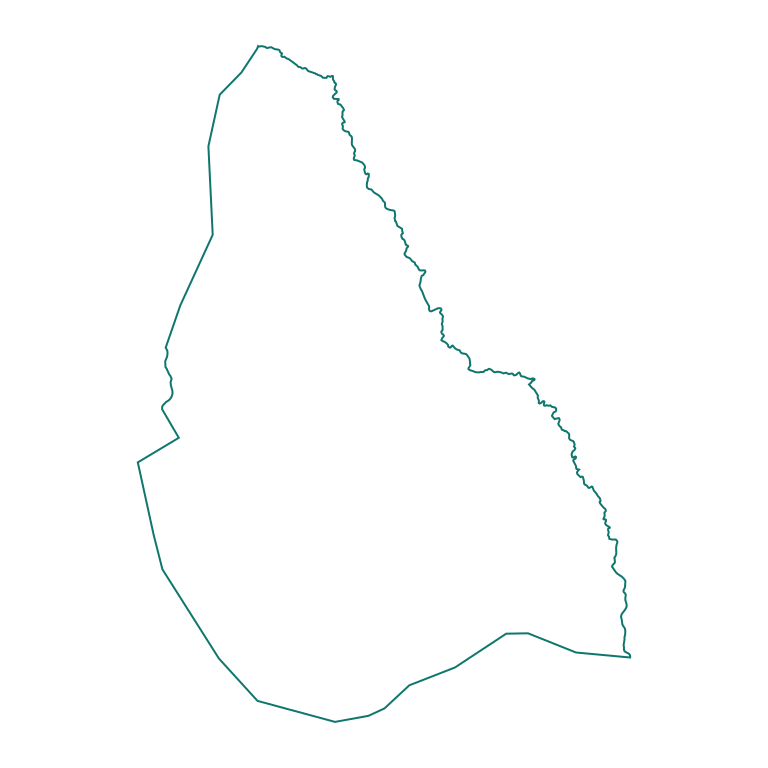 outline of Bayannuur, Bayan-Ölgiy, Mongolia
{"feature_id": "93677404B56140386590305", "entity_name": "Bayannuur", "entity_type": "district", "adm_level": 2, "iso_a3": "MNG", "parent_name": "Mongolia", "parent_adm1": "Bayan-Ölgiy", "projection": "mercator", "projection_center": [91.081, 48.956], "detail": "fine", "context": "isolated", "style": "outline", "palette": "teal", "viewbox_px": 768, "rotation_deg": 0, "n_neighbors": 0, "source": "geoboundaries", "source_scale": "gbopen_adm2", "svg_char_len": 6060}
<svg xmlns="http://www.w3.org/2000/svg" viewBox="0 0 768 768"><path d="M257.5,700.9L335.0,721.9L368.5,715.8L384.5,708.4L409.3,685.3L455.1,667.4L506.2,633.7L528.0,633.3L576.0,652.5L630.1,657.5L630.2,656.4L629.9,655.1L629.0,653.8L624.6,651.4L623.9,649.4L624.0,647.8L623.6,645.0L624.5,639.7L624.5,636.9L625.1,635.1L625.3,631.2L625.1,629.3L624.7,628.1L623.0,625.7L622.3,624.1L621.8,619.8L621.1,617.3L621.1,616.2L621.7,614.1L625.2,609.5L626.5,607.1L626.7,605.4L626.4,603.5L625.4,600.3L625.3,598.4L625.8,594.7L624.7,592.9L623.8,592.2L623.5,591.1L623.6,590.0L624.4,588.8L625.0,587.1L625.4,581.1L624.3,579.2L622.0,576.8L617.3,573.7L615.7,572.0L612.0,566.6L612.7,564.9L614.5,563.2L614.9,562.1L614.7,559.3L614.4,558.6L614.5,557.5L615.1,556.9L616.1,554.5L616.3,553.5L616.1,547.9L616.5,544.9L617.2,543.0L617.4,541.8L617.0,540.8L615.7,539.5L611.7,539.5L609.3,538.8L609.0,536.7L608.0,535.3L608.7,532.3L608.4,530.9L608.1,530.4L608.1,528.9L608.3,528.5L609.8,527.7L609.7,527.3L606.1,525.0L605.5,524.3L605.2,522.9L606.0,521.1L606.0,520.0L605.5,519.4L604.1,519.5L603.4,518.9L604.6,516.3L604.6,514.2L604.4,512.8L605.8,510.9L605.7,509.9L605.4,509.1L603.4,507.4L600.1,503.4L599.6,502.1L600.5,501.2L600.2,499.1L599.8,498.2L597.6,495.7L596.6,493.8L593.8,490.5L592.4,486.8L591.8,486.5L589.4,487.9L588.8,487.9L588.2,487.5L586.9,485.6L585.0,484.7L584.1,483.7L583.8,480.3L582.8,476.9L582.2,476.6L580.5,477.1L577.4,474.1L577.1,473.3L577.0,472.3L577.9,470.8L579.0,469.6L576.6,469.0L576.2,468.5L576.1,466.5L575.8,465.7L573.2,460.6L573.6,459.6L575.5,458.6L576.0,457.5L576.0,457.0L575.3,456.5L573.2,457.4L572.2,457.2L571.6,454.6L572.1,452.5L573.0,451.1L574.4,450.1L575.3,448.5L575.2,447.9L574.0,446.6L574.6,444.6L574.5,444.0L573.8,442.0L573.1,441.1L570.4,440.0L569.3,438.7L569.1,438.0L569.2,434.4L568.7,433.5L566.2,431.2L564.6,431.1L563.8,430.3L562.3,429.9L561.7,429.4L561.1,427.3L559.8,426.4L558.6,424.7L558.3,423.6L559.3,421.1L559.7,419.6L559.0,418.2L558.5,418.1L554.6,419.1L552.1,416.2L552.0,415.7L553.2,413.2L553.9,412.2L555.5,411.6L556.1,410.6L556.2,409.6L556.1,408.6L555.1,407.5L551.9,406.8L550.3,405.4L548.2,405.7L546.8,405.2L545.0,405.8L544.2,405.6L543.9,405.1L543.8,404.2L544.4,401.8L543.9,401.2L542.9,401.2L540.7,403.2L539.4,403.5L538.8,403.1L538.9,400.6L537.7,397.8L537.9,395.5L534.5,389.9L531.8,387.7L529.0,384.5L531.5,382.3L531.5,381.9L532.4,380.5L533.6,380.5L534.2,380.1L534.6,379.2L534.2,378.8L532.7,378.4L530.4,379.0L527.7,378.4L524.2,376.7L521.3,376.3L520.8,375.6L519.9,373.3L519.1,372.5L517.9,373.2L516.2,374.9L514.3,375.4L513.7,375.1L512.7,373.8L511.8,373.5L508.8,374.1L505.9,372.7L503.6,373.4L501.2,372.4L497.9,371.7L495.3,372.2L493.8,372.0L491.3,369.7L489.3,368.9L488.7,368.9L487.1,370.1L485.4,370.2L483.5,371.9L480.8,372.0L479.7,372.3L477.2,372.4L474.6,371.9L473.8,371.4L469.9,370.1L468.5,369.2L468.5,368.2L470.3,365.3L470.3,364.5L469.9,363.7L470.1,362.7L469.7,359.7L469.4,358.4L466.6,354.5L465.5,353.9L462.4,353.4L461.5,353.0L460.8,352.5L459.7,350.4L456.9,349.5L455.2,348.5L452.7,345.6L451.8,345.9L450.5,347.5L449.5,347.5L448.7,347.0L448.2,346.4L448.1,345.2L447.7,344.5L446.6,343.3L444.9,342.0L442.3,340.9L441.4,340.2L442.0,338.4L443.7,336.3L443.9,335.6L443.3,334.7L441.9,333.5L441.5,332.7L441.3,331.7L442.6,329.9L442.6,326.4L441.9,324.6L441.9,323.7L442.7,321.3L442.4,319.0L443.0,316.5L442.3,315.0L440.1,312.9L440.0,312.2L441.4,310.1L441.4,309.2L440.9,308.5L439.9,308.2L437.9,308.3L431.4,311.3L430.2,311.2L429.5,310.7L428.9,308.8L429.2,307.2L429.1,306.3L425.0,298.9L422.2,291.6L420.7,288.9L419.4,285.6L420.6,281.4L420.8,279.1L421.5,276.4L421.8,275.8L423.0,275.3L425.0,272.6L425.4,271.8L425.1,270.6L423.8,270.3L421.7,270.5L419.7,270.3L419.1,269.8L417.6,266.7L415.3,264.6L414.7,262.5L412.1,261.1L410.4,258.8L409.8,258.2L406.6,256.9L404.7,254.7L404.5,253.7L406.3,250.2L406.5,248.4L408.0,246.7L408.1,246.0L405.8,244.7L405.0,241.6L404.5,240.4L403.5,239.2L402.6,239.0L401.4,236.6L401.3,235.0L401.6,234.3L402.8,233.4L402.8,232.8L402.3,231.3L402.0,228.8L397.4,225.9L395.9,221.5L395.2,221.2L394.6,218.0L395.2,215.6L394.7,211.6L394.4,211.0L393.9,210.6L389.8,209.9L387.3,209.0L385.8,208.1L385.3,207.2L385.0,205.7L385.0,203.0L384.6,202.3L382.9,200.7L382.1,198.8L379.1,195.6L374.0,192.5L371.4,189.5L368.8,189.0L367.2,187.7L366.9,187.0L366.8,184.7L367.1,182.4L367.8,180.1L367.8,178.5L368.7,177.0L368.8,174.0L367.8,173.5L366.6,174.2L366.0,174.2L365.2,173.3L364.9,172.5L364.2,169.3L365.0,167.8L364.9,166.3L364.2,164.8L362.1,162.5L357.1,160.4L354.3,160.0L353.7,158.6L354.7,155.8L354.7,155.1L354.0,153.5L354.4,152.3L355.0,151.3L355.1,149.8L354.8,148.9L352.1,145.2L351.8,144.1L352.0,138.0L351.5,136.4L349.7,134.9L348.9,132.5L348.4,131.9L344.9,131.1L343.1,129.7L342.6,128.6L342.9,126.4L342.8,125.7L342.2,124.7L342.1,123.8L342.8,122.8L344.7,122.2L344.7,121.6L342.1,117.2L342.0,116.7L342.6,115.2L342.4,113.1L342.6,112.5L342.7,111.3L343.9,110.3L343.9,109.7L343.1,108.1L340.5,104.6L338.2,104.0L337.6,102.8L337.4,101.5L337.5,101.0L338.8,99.8L338.6,99.1L333.9,98.8L332.8,97.4L332.9,96.5L333.2,95.7L336.6,92.5L336.7,91.4L336.5,91.0L334.8,89.8L334.6,89.3L334.8,87.4L336.1,84.3L335.4,83.0L334.7,82.8L334.4,82.4L334.3,81.6L333.1,79.6L332.9,78.7L333.0,76.6L332.8,76.1L332.0,75.9L330.5,76.8L327.9,76.1L327.5,76.2L326.7,77.6L326.2,77.9L322.9,77.7L321.2,76.0L318.2,75.0L316.8,74.1L316.0,74.1L315.0,73.3L308.3,71.1L306.0,68.5L305.0,68.0L302.7,68.6L301.9,68.3L300.5,67.2L298.2,66.8L297.0,65.3L288.6,59.1L286.8,58.5L284.3,56.7L282.7,57.0L282.2,56.8L281.4,56.1L281.3,55.6L281.4,55.0L281.8,54.4L281.9,53.3L280.7,52.7L279.9,51.7L279.6,50.4L278.6,49.7L274.7,49.1L271.3,47.3L270.0,47.3L267.0,48.1L265.2,46.9L262.7,46.3L261.0,46.2L258.9,46.6L258.1,46.1L257.1,48.8L241.4,72.5L219.7,94.7L208.4,146.3L212.7,234.8L180.3,305.4L165.7,347.6L167.4,350.9L167.5,354.0L167.0,356.9L165.2,361.3L165.5,367.2L166.5,368.4L169.1,374.2L170.5,376.1L171.6,378.8L170.6,382.0L170.8,384.9L171.8,388.9L172.4,390.6L172.5,393.7L172.0,395.7L170.6,398.4L168.8,400.3L166.1,402.0L162.9,405.3L162.2,406.7L162.1,409.2L178.8,437.8L137.8,462.4L153.6,534.6L162.4,569.3L218.9,658.5L257.5,700.9Z" fill="none" stroke="#0f766e" stroke-width="2"/></svg>